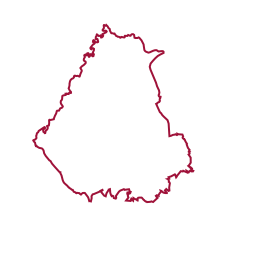 Tubas, West Bank, Palestine, rotated 214°
{"feature_id": "87354302B78640432651808", "entity_name": "Tubas", "entity_type": "district", "adm_level": 2, "iso_a3": "PSE", "parent_name": "Palestine", "parent_adm1": "West Bank", "projection": "mercator", "projection_center": [35.475, 32.295], "detail": "fine", "context": "isolated", "style": "outline", "palette": "rose", "viewbox_px": 256, "rotation_deg": 214, "n_neighbors": 0, "source": "geoboundaries", "source_scale": "gbopen_adm2", "svg_char_len": 5822}
<svg xmlns="http://www.w3.org/2000/svg" viewBox="0 0 256 256"><g transform="rotate(214 128 128)"><path d="M203.5,201.2L203.4,200.6L203.6,200.3L205.2,200.1L205.5,199.9L205.5,199.5L203.9,197.5L203.9,195.2L203.5,194.7L202.7,194.8L200.8,196.3L200.1,196.3L199.6,196.0L199.7,195.0L200.4,193.9L200.9,192.8L201.7,191.6L201.6,191.3L200.2,190.6L200.0,189.8L200.4,188.4L200.9,188.0L201.2,188.2L201.5,189.4L202.1,189.7L202.4,189.6L203.0,188.5L204.0,187.8L204.7,187.8L205.3,188.3L206.1,188.2L206.1,187.8L205.7,187.2L205.6,185.5L204.6,183.8L204.2,183.7L203.5,184.6L203.0,184.6L201.1,183.0L200.9,182.6L201.2,182.0L202.8,181.1L203.4,181.0L205.1,181.7L205.7,181.5L205.8,181.0L205.2,179.8L203.5,180.1L203.3,180.0L203.0,179.6L203.1,178.9L203.7,177.7L204.0,173.8L203.9,173.2L203.1,172.7L202.4,172.7L202.2,173.0L202.4,173.9L202.1,174.3L201.4,174.6L200.5,174.6L199.8,173.5L199.3,170.7L197.5,170.0L196.9,168.3L197.2,167.8L198.1,167.7L198.6,167.9L199.1,168.7L199.7,168.7L200.2,168.4L200.3,167.9L199.9,167.4L199.8,166.6L199.9,165.4L200.1,165.2L200.8,165.5L201.2,165.9L201.3,166.8L201.7,167.4L202.3,167.7L202.8,167.8L203.5,167.2L203.5,166.9L203.1,166.7L202.2,166.6L202.0,166.0L203.2,164.9L203.7,165.3L204.3,165.2L204.9,164.1L204.7,163.5L203.8,163.0L203.4,162.6L203.3,160.9L202.7,159.6L202.0,159.2L200.4,159.3L199.9,159.0L199.6,158.5L199.4,157.9L199.6,157.0L199.8,155.8L200.8,153.1L201.0,151.1L198.6,149.9L198.2,149.3L197.7,146.4L196.9,143.7L197.1,143.4L198.8,143.2L200.1,142.0L201.1,141.8L201.6,141.4L201.7,140.8L201.6,140.4L201.2,140.0L201.2,139.0L201.4,138.3L202.1,137.3L202.4,135.9L202.3,134.8L202.1,134.0L201.2,131.9L200.4,130.8L199.7,129.0L199.4,127.7L197.1,126.4L195.6,126.1L194.9,125.3L195.0,125.0L196.0,124.6L196.4,124.3L196.6,123.3L197.1,122.7L198.2,122.2L198.3,122.1L197.5,122.1L198.2,121.6L198.1,120.6L199.9,118.8L200.3,117.7L198.9,115.3L198.6,114.3L198.8,113.0L198.2,111.7L197.2,110.7L194.4,109.6L194.1,109.4L194.0,109.0L194.1,107.9L195.2,106.3L194.9,103.9L196.4,102.7L196.5,102.2L195.7,100.0L195.4,97.3L194.8,94.6L194.4,93.8L196.7,91.3L197.7,90.9L197.8,90.4L196.2,88.2L195.1,86.1L195.1,85.6L195.9,84.9L196.2,84.4L195.8,83.9L194.8,83.5L194.3,82.6L194.2,81.4L194.7,79.8L193.8,77.5L194.1,77.2L194.9,77.5L195.9,77.5L196.9,78.4L197.4,79.5L196.7,81.0L196.7,81.5L197.3,82.1L197.8,82.0L200.4,75.6L200.1,74.2L200.5,73.2L200.5,72.5L199.9,71.1L199.7,70.1L198.3,68.5L198.4,66.8L199.6,65.0L199.5,64.6L198.8,64.5L198.2,64.1L196.9,63.9L194.9,61.9L194.6,61.9L194.3,61.6L193.9,62.1L193.0,61.7L190.5,61.9L188.0,62.9L187.0,62.8L185.5,62.2L183.3,60.1L180.5,58.8L175.1,57.2L173.8,57.3L171.1,56.0L167.5,55.0L160.3,53.2L159.3,53.5L159.1,52.9L156.6,51.5L153.0,48.3L151.5,47.3L150.0,46.7L145.7,46.1L144.6,45.7L143.5,45.7L143.0,45.4L142.0,45.6L139.9,45.4L139.2,45.8L137.4,44.8L135.8,45.2L134.6,45.0L134.3,45.1L134.1,45.7L131.8,46.8L131.1,46.5L129.8,46.5L129.7,47.3L129.2,48.8L127.7,49.9L127.4,50.0L122.7,48.4L121.4,47.6L119.2,45.7L118.9,46.0L117.7,46.4L118.9,49.5L120.1,51.1L120.2,53.2L119.2,54.4L116.2,59.0L115.9,60.2L114.6,62.4L114.3,62.2L114.9,60.5L114.6,60.0L110.0,58.6L108.3,58.9L109.3,61.8L109.4,65.0L108.6,66.3L109.3,66.5L108.8,67.2L106.4,64.3L104.7,63.0L103.4,62.4L103.1,63.1L102.1,63.3L100.6,62.0L98.7,62.6L98.7,63.5L100.0,64.9L99.9,70.2L99.4,71.8L97.2,75.0L96.3,74.8L92.9,77.8L90.9,76.2L90.1,76.5L89.8,75.4L90.2,75.1L90.1,74.6L91.1,74.5L91.6,74.9L92.4,74.2L91.9,73.1L91.1,73.5L90.4,72.2L90.3,71.7L88.8,70.6L89.0,66.8L85.0,69.0L85.0,69.7L85.6,70.5L85.7,71.3L85.1,71.2L85.2,70.8L83.1,70.6L84.4,73.0L82.6,73.0L80.7,73.4L79.9,73.2L79.5,73.3L79.7,73.8L80.7,74.6L80.5,75.9L79.5,76.8L77.8,77.9L77.4,77.9L74.9,77.2L74.6,77.3L73.5,77.0L71.9,77.0L71.4,77.3L70.8,77.2L68.1,79.4L67.6,80.2L65.8,80.7L64.4,86.6L65.7,86.8L66.9,87.3L66.5,88.4L64.7,88.9L65.1,89.4L65.3,91.3L65.0,93.6L65.9,94.3L65.1,94.5L62.6,94.2L60.7,94.9L59.4,95.8L59.5,96.0L61.5,96.5L62.5,96.9L62.4,97.5L62.0,97.5L62.1,98.8L59.2,98.5L58.7,99.3L60.6,101.7L62.4,105.6L63.2,106.1L64.0,106.1L64.4,106.8L65.5,107.8L65.9,108.0L66.6,107.9L65.5,109.1L66.9,109.9L65.3,111.9L63.2,115.8L62.9,115.8L60.5,114.0L60.4,115.1L60.6,115.6L60.1,121.7L58.3,122.6L58.3,123.4L54.2,124.2L55.4,125.3L52.9,125.4L52.9,126.5L52.5,127.8L51.3,127.4L49.9,128.3L49.9,129.0L51.7,128.8L52.2,130.1L53.2,129.9L53.4,130.4L54.7,130.4L54.7,130.0L56.8,130.3L56.6,130.9L56.6,134.3L59.5,138.5L63.0,139.9L62.6,141.2L63.1,141.9L64.1,142.2L64.0,142.5L64.3,142.4L64.6,142.9L64.5,143.9L63.9,144.0L65.6,144.5L67.3,145.1L69.8,146.9L70.1,147.3L70.2,147.7L70.6,147.7L70.8,148.1L72.9,149.0L74.1,149.9L74.7,149.9L75.3,150.4L75.9,150.1L77.0,150.3L77.5,150.8L77.6,151.9L79.2,153.0L82.7,151.0L83.9,150.8L83.3,150.0L83.5,149.5L85.2,149.3L85.4,148.8L86.9,147.4L88.0,145.6L89.1,144.4L96.8,154.4L99.6,156.6L105.1,157.5L107.2,158.0L108.6,158.7L110.5,159.0L118.1,163.7L117.6,164.4L117.7,165.1L117.1,166.5L116.7,166.9L116.6,167.7L116.7,168.2L116.9,168.2L117.6,169.2L118.0,170.1L117.9,170.6L118.2,171.0L118.7,171.2L118.3,171.7L118.5,172.1L119.6,171.6L120.3,171.7L121.0,172.4L121.1,173.3L121.8,174.9L123.3,176.5L127.3,178.9L130.1,181.2L141.9,188.9L144.2,190.9L145.3,194.1L144.9,197.8L144.4,201.0L143.6,204.3L142.3,207.0L140.5,210.1L141.2,211.1L142.1,211.2L143.2,210.5L145.5,208.5L147.8,208.5L149.2,207.5L150.4,206.0L152.3,202.9L153.2,201.9L155.8,201.3L157.0,201.4L158.0,201.8L160.6,204.6L161.8,206.0L165.8,208.2L169.1,209.1L169.9,209.0L170.4,208.0L172.2,206.7L173.1,206.5L175.0,208.6L176.3,208.6L177.1,208.0L177.4,207.4L177.6,206.4L177.5,205.9L177.9,205.6L179.9,205.2L180.0,204.0L182.1,202.7L182.1,202.4L181.6,201.9L181.6,201.1L182.2,200.7L184.3,199.9L184.5,199.7L184.6,198.8L184.9,198.5L185.5,198.7L186.8,198.4L187.6,197.9L188.3,198.0L189.2,197.7L191.0,198.4L191.5,198.4L192.0,198.7L192.4,198.2L193.6,198.0L194.5,197.4L195.3,197.4L196.8,198.3L197.4,198.5L198.4,199.8L200.5,200.1L201.5,200.8L203.5,201.2Z" fill="none" stroke="#9f1239" stroke-width="2"/></g></svg>